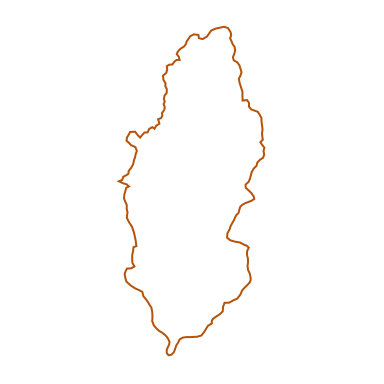 Tapiraí, Minas Gerais, Brazil, rotated 257°
{"feature_id": "56859067B4680044850296", "entity_name": "Tapiraí", "entity_type": "district", "adm_level": 2, "iso_a3": "BRA", "parent_name": "Brazil", "parent_adm1": "Minas Gerais", "projection": "mercator", "projection_center": [-46.157, -19.874], "detail": "fine", "context": "isolated", "style": "outline", "palette": "amber", "viewbox_px": 384, "rotation_deg": 257, "n_neighbors": 0, "source": "geoboundaries", "source_scale": "gbopen_adm2", "svg_char_len": 3088}
<svg xmlns="http://www.w3.org/2000/svg" viewBox="0 0 384 384"><g transform="rotate(257 192 192)"><path d="M345.2,229.2L344.3,225.4L342.4,223.4L339.8,220.6L337.5,219.3L335.6,217.1L334.2,213.1L332.0,209.8L329.8,208.1L326.7,209.6L323.5,209.6L324.2,206.6L322.9,204.1L320.7,201.6L321.2,198.2L320.1,195.7L317.3,195.5L313.9,193.8L311.9,189.9L307.7,189.4L303.9,190.7L301.3,189.8L298.0,190.6L294.2,189.6L292.1,186.9L288.9,185.5L286.2,185.8L284.0,184.1L281.1,184.6L278.3,183.5L275.7,180.5L273.0,180.3L270.9,178.4L270.6,175.4L265.9,175.6L264.6,172.0L262.1,169.7L264.1,167.9L263.1,164.5L260.1,162.1L260.6,159.0L258.6,156.0L256.7,153.7L259.4,152.0L263.6,150.1L264.4,145.2L262.3,143.4L259.8,141.0L256.7,139.7L254.0,141.7L251.4,143.1L248.5,146.9L244.4,147.5L241.7,145.7L238.8,144.4L235.7,142.4L232.4,141.0L229.2,138.1L226.7,135.0L224.0,134.1L223.0,131.3L222.3,128.4L219.5,126.8L218.9,123.2L216.3,126.4L214.2,130.0L211.6,131.8L210.9,128.8L207.4,127.0L204.5,125.4L200.9,124.3L197.5,124.8L194.1,125.5L190.2,124.6L186.6,124.6L184.2,123.6L181.7,122.7L178.4,123.4L175.4,124.3L171.9,125.7L165.9,126.3L160.6,126.3L157.7,126.2L154.5,125.9L151.8,125.7L151.4,122.6L147.7,121.3L143.8,119.5L139.8,118.6L136.3,118.0L132.4,119.2L131.3,115.4L132.0,111.4L129.5,109.3L126.7,107.8L123.0,107.7L119.3,108.0L114.7,111.3L110.9,114.9L108.5,118.1L106.0,121.1L101.3,121.2L98.1,122.9L94.7,124.3L91.4,125.3L88.7,126.4L84.2,126.3L79.7,125.5L75.1,124.2L70.6,124.8L67.0,126.7L64.0,128.8L61.9,131.1L59.2,133.2L56.8,134.8L54.0,135.8L51.0,136.4L48.5,135.4L46.2,133.5L43.8,131.8L40.6,131.2L38.2,132.4L38.1,135.4L39.9,138.2L42.5,140.0L46.0,142.1L48.2,144.4L51.1,146.8L52.2,150.1L51.9,153.9L51.1,157.2L50.4,161.1L49.8,164.8L50.1,168.9L52.7,172.2L55.3,174.7L58.1,177.5L59.5,181.8L62.1,182.3L63.9,184.2L65.3,187.9L66.7,191.7L68.8,195.1L73.1,196.4L76.7,198.8L75.8,203.3L77.1,207.8L78.0,212.2L81.2,216.1L84.8,218.7L86.7,221.4L88.9,225.0L90.9,227.9L93.4,229.5L96.0,229.9L99.8,229.9L103.5,229.1L107.5,229.5L110.6,230.7L114.2,231.5L118.5,231.4L122.0,232.4L125.0,234.8L127.3,233.3L128.9,230.9L132.0,227.4L134.1,222.4L136.3,218.5L139.6,215.9L143.8,217.2L146.9,220.1L149.8,221.7L152.4,224.0L155.3,226.7L157.5,228.2L159.6,230.1L161.0,232.5L164.0,234.1L166.8,235.7L168.2,238.1L169.1,241.2L169.6,244.7L170.1,248.0L171.2,251.1L173.9,251.1L177.8,249.5L180.9,247.5L184.1,245.3L187.2,245.9L189.2,249.5L191.8,251.4L194.9,253.0L198.3,254.9L201.1,257.6L203.0,260.8L206.0,262.3L208.1,265.4L209.4,269.0L212.4,270.8L215.7,270.9L218.9,272.5L222.1,271.0L225.1,269.8L227.1,272.8L229.7,272.9L233.4,273.4L237.0,274.8L240.8,275.2L245.2,275.6L248.4,276.3L251.6,275.5L255.4,274.1L257.4,271.0L259.1,268.3L262.3,266.7L266.0,267.6L269.2,266.3L269.7,261.9L274.4,262.8L278.2,263.7L283.4,263.3L287.9,262.9L292.0,263.2L294.2,265.2L297.5,267.2L304.8,266.7L308.3,265.2L310.9,262.3L314.2,262.2L316.7,264.0L320.1,265.9L323.5,266.2L326.9,264.9L330.6,264.3L333.4,263.7L335.6,265.4L338.8,265.6L343.6,264.0L345.8,260.4L345.8,257.2L345.9,252.1L345.1,247.2L342.6,244.3L340.1,241.6L338.6,236.7L340.4,233.3L343.6,233.6L345.2,229.2Z" fill="none" stroke="#b45309" stroke-width="2"/></g></svg>